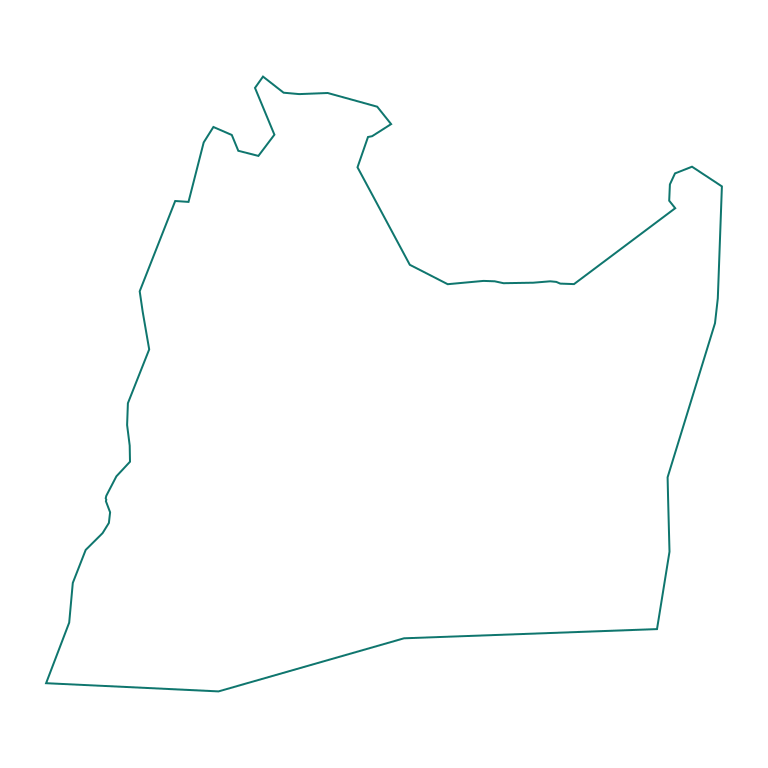 outline of Dikwa, Borno, Nigeria
{"feature_id": "59680162B86155479852967", "entity_name": "Dikwa", "entity_type": "district", "adm_level": 2, "iso_a3": "NGA", "parent_name": "Nigeria", "parent_adm1": "Borno", "projection": "robinson", "projection_center": [14.023, 11.955], "detail": "fine", "context": "isolated", "style": "outline", "palette": "teal", "viewbox_px": 768, "rotation_deg": 0, "n_neighbors": 0, "source": "geoboundaries", "source_scale": "gbopen_adm2", "svg_char_len": 909}
<svg xmlns="http://www.w3.org/2000/svg" viewBox="0 0 768 768"><path d="M46.1,683.2L218.5,691.4L404.0,638.3L657.0,629.1L659.0,616.8L669.5,551.7L668.1,498.8L667.6,477.3L715.0,323.2L717.8,298.4L718.6,276.9L721.9,186.4L692.0,166.7L675.0,173.4L669.9,184.4L669.2,200.7L675.2,208.2L574.0,284.1L560.2,283.6L556.3,281.9L550.3,281.3L533.3,282.7L503.5,283.2L494.7,281.3L483.5,280.9L447.7,284.2L409.8,264.8L376.2,202.1L357.5,167.3L368.0,137.0L372.1,136.2L391.1,124.1L377.2,106.7L327.7,93.0L299.2,94.1L283.6,92.7L263.0,76.6L255.0,87.9L274.4,134.7L258.4,155.9L238.3,150.8L231.8,135.0L213.4,127.0L203.7,142.4L188.5,201.9L175.2,201.0L139.7,291.3L142.7,311.8L149.2,349.4L127.9,403.2L127.1,425.0L129.7,445.6L130.0,461.7L116.4,476.3L108.2,492.1L106.3,495.8L105.7,498.3L106.3,499.7L105.9,501.2L110.1,512.3L108.9,522.9L102.6,533.1L85.7,549.9L72.8,582.9L69.2,622.6L46.1,683.2Z" fill="none" stroke="#0f766e" stroke-width="2"/></svg>